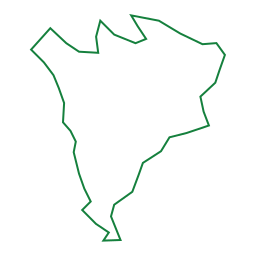 the district of Skylloura, Cyprus
{"feature_id": "46923920B82441247909764", "entity_name": "Skylloura", "entity_type": "district", "adm_level": 2, "iso_a3": "CYP", "parent_name": "Cyprus", "parent_adm1": "", "projection": "albers", "projection_center": [33.163, 35.228], "detail": "fine", "context": "isolated", "style": "outline", "palette": "green", "viewbox_px": 256, "rotation_deg": 0, "n_neighbors": 0, "source": "geoboundaries", "source_scale": "gbopen_adm2", "svg_char_len": 660}
<svg xmlns="http://www.w3.org/2000/svg" viewBox="0 0 256 256"><path d="M103.4,240.6L120.5,240.0L111.0,216.4L114.2,204.7L132.3,191.8L138.7,174.7L142.9,162.9L161.0,151.2L169.5,137.3L186.6,133.0L208.9,125.5L203.6,111.6L200.4,96.6L215.3,82.7L219.6,69.9L224.9,54.9L216.4,43.1L202.5,44.2L180.2,33.5L158.9,20.7L131.2,15.4L137.6,26.1L146.1,38.9L135.5,43.2L114.2,34.6L103.2,23.6L100.3,20.7L96.1,36.7L98.2,52.8L79.0,51.7L66.3,43.2L50.3,28.2L31.1,49.6L43.9,62.4L53.5,75.2L58.8,88.1L64.1,103.0L63.0,122.3L70.5,130.9L75.8,141.6L73.7,152.2L79.0,173.6L84.3,188.6L90.7,201.5L82.2,210.0L96.0,223.9L108.8,232.5L103.4,240.6Z" fill="none" stroke="#15803d" stroke-width="2"/></svg>